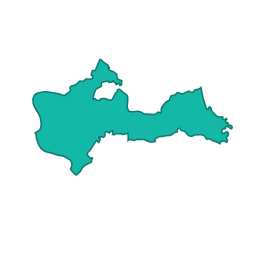 Hung Nguyen, Nghệ An, Vietnam, rotated 107°
{"feature_id": "81297802B19242536298701", "entity_name": "Hung Nguyen", "entity_type": "district", "adm_level": 2, "iso_a3": "VNM", "parent_name": "Vietnam", "parent_adm1": "Nghệ An", "projection": "orthographic", "projection_center": [105.613, 18.684], "detail": "fine", "context": "isolated", "style": "filled", "palette": "teal", "viewbox_px": 256, "rotation_deg": 107, "n_neighbors": 0, "source": "geoboundaries", "source_scale": "gbopen_adm2", "svg_char_len": 5770}
<svg xmlns="http://www.w3.org/2000/svg" viewBox="0 0 256 256"><g transform="rotate(107 128 128)"><path d="M159.8,215.4L161.3,213.9L164.1,212.8L167.7,210.4L170.7,208.0L173.2,204.9L174.3,201.9L174.6,200.9L174.7,199.4L174.4,194.5L174.5,187.6L173.9,182.7L173.8,181.3L174.0,180.1L174.6,177.7L175.3,174.6L175.6,173.7L176.5,172.6L178.0,171.5L179.3,170.9L181.0,170.7L182.1,170.7L183.5,171.0L184.0,171.0L184.6,170.6L187.5,165.7L187.9,164.5L188.0,163.6L184.9,161.7L182.8,160.7L180.2,160.2L178.5,159.6L177.1,158.7L175.6,157.6L171.2,152.9L168.2,153.7L167.7,153.0L167.0,153.5L167.9,155.3L167.7,155.4L165.8,159.1L162.8,159.3L160.9,157.9L151.7,155.3L149.7,154.6L149.1,154.3L150.5,151.7L150.3,151.4L150.1,151.4L149.4,151.7L149.1,151.7L148.4,151.3L146.9,151.4L146.3,151.8L146.2,152.2L146.3,152.5L146.2,152.8L145.2,153.2L145.1,152.2L144.9,151.9L144.1,151.6L144.0,151.4L144.1,149.0L143.9,148.6L143.3,148.1L142.1,147.8L141.1,148.0L139.9,148.5L139.2,148.6L137.9,147.9L137.6,147.6L137.6,147.2L138.2,144.5L138.1,144.3L137.9,144.2L137.1,144.5L136.9,144.0L135.1,141.5L135.2,141.3L135.4,141.2L138.0,141.2L138.6,140.8L138.7,140.3L138.7,139.5L138.6,139.4L137.3,138.3L136.8,137.7L136.3,135.6L136.2,134.7L135.4,132.9L135.7,132.4L135.8,132.0L135.7,131.2L133.2,126.4L138.4,124.6L139.9,124.3L139.1,123.6L138.5,122.7L138.3,122.1L138.3,121.3L138.2,118.8L137.9,118.2L136.4,116.3L136.1,115.6L135.9,113.9L135.6,113.1L134.9,111.8L134.2,108.9L134.6,106.9L134.9,105.5L135.0,104.2L135.0,103.4L134.8,102.6L134.3,100.8L133.0,98.0L131.9,98.7L131.2,98.9L130.5,99.0L130.1,98.4L129.6,97.9L129.0,97.5L128.2,96.8L127.3,95.9L125.7,92.1L124.2,89.3L123.2,86.4L122.6,85.4L121.9,84.5L121.3,83.9L120.1,83.2L119.4,82.6L118.5,81.8L117.9,81.0L117.4,79.8L114.5,80.3L113.9,80.0L113.3,79.0L113.2,78.4L113.4,78.0L114.5,76.9L114.8,76.2L114.5,73.9L114.6,73.2L114.8,72.5L115.1,71.8L116.6,69.6L117.3,68.2L117.6,67.3L117.6,66.1L117.5,65.3L117.2,64.6L116.6,63.7L115.7,62.5L114.6,61.3L114.2,59.4L113.1,56.6L113.0,55.5L112.9,54.5L113.1,53.1L113.3,52.3L113.6,51.9L115.1,50.7L115.4,50.1L115.6,49.5L115.5,48.9L114.8,47.5L114.7,46.9L114.7,46.2L114.7,45.5L115.4,43.5L115.5,41.7L115.4,39.0L115.5,37.9L116.0,36.4L116.1,35.4L115.4,35.5L114.6,35.3L114.0,35.1L113.4,34.6L113.0,34.0L112.4,31.8L112.4,31.2L112.8,30.2L112.8,29.8L112.7,29.4L112.3,29.2L111.8,29.1L111.4,29.1L110.7,29.3L110.3,29.6L109.5,30.6L108.8,31.0L108.1,31.1L107.3,30.8L106.5,30.3L104.8,30.1L104.1,30.3L103.6,30.5L102.8,31.5L102.7,31.9L102.7,32.4L103.0,32.9L104.8,34.3L105.3,34.9L105.5,35.3L105.4,35.8L105.2,36.2L104.6,36.9L104.0,37.3L102.6,37.5L101.9,37.4L101.4,37.1L101.0,36.7L100.9,36.2L100.8,35.5L100.4,35.1L100.0,34.8L99.4,34.9L99.0,35.1L98.8,35.3L98.3,34.9L97.7,34.1L97.6,33.3L97.6,32.8L97.7,32.1L98.6,29.5L98.4,28.8L98.2,28.6L96.9,28.6L96.3,29.0L95.9,29.3L95.6,29.9L95.4,30.7L95.4,31.4L95.8,32.9L95.8,33.3L95.1,33.9L94.9,33.9L94.6,33.9L94.2,33.6L93.8,34.1L93.8,34.3L94.0,34.5L94.6,35.2L94.6,35.4L94.5,35.7L94.1,36.0L92.8,36.4L91.7,36.5L91.2,36.4L90.6,36.0L90.3,36.6L90.3,37.0L90.5,37.2L91.9,38.0L92.0,38.3L92.1,39.1L91.8,39.8L91.4,40.3L90.8,40.5L90.2,40.3L89.8,40.7L89.7,41.4L90.8,43.3L90.9,44.5L90.8,46.1L90.1,48.0L87.3,52.9L86.4,53.7L85.0,54.2L84.6,54.5L84.1,55.1L84.0,55.8L84.0,56.3L84.2,56.5L84.9,56.7L86.4,57.0L87.0,57.1L87.0,58.0L85.4,59.6L80.9,62.5L77.8,64.8L68.0,70.1L68.5,70.3L70.2,72.0L71.1,73.3L72.1,75.2L74.6,76.2L75.1,76.7L75.5,77.9L75.5,78.5L75.1,79.5L75.0,80.3L75.3,81.1L78.9,85.1L79.3,85.9L79.5,86.8L79.6,90.6L79.7,91.0L80.9,91.8L83.0,93.0L84.0,95.4L84.7,96.2L85.0,96.4L86.2,96.4L89.4,96.6L89.9,97.1L90.4,97.9L92.0,99.2L95.1,100.7L96.8,101.3L98.2,101.7L99.8,101.8L101.2,101.5L103.2,100.8L103.9,100.7L104.4,100.8L104.5,101.1L103.8,103.1L103.9,103.6L104.1,104.0L106.4,105.4L107.3,106.6L107.9,108.8L109.0,113.5L109.7,115.5L109.7,117.6L109.0,120.2L109.0,122.6L109.1,123.5L110.1,125.5L111.2,128.7L111.6,130.0L111.7,131.1L111.6,132.1L111.0,132.9L108.5,134.7L106.8,135.3L103.0,136.0L99.4,137.0L97.9,137.7L96.9,138.8L96.4,139.7L95.4,142.8L93.5,147.0L93.4,147.4L94.2,148.9L94.7,149.1L96.5,149.1L98.3,150.1L101.7,150.8L104.9,151.3L105.8,151.7L106.2,152.4L106.7,153.6L106.7,155.3L106.6,158.7L106.9,160.0L107.9,162.3L108.2,162.8L108.8,162.9L109.6,162.9L110.0,163.3L110.4,164.8L110.4,166.4L110.2,167.2L109.6,167.9L109.6,168.4L109.7,168.6L110.7,168.7L110.8,169.1L110.1,170.1L109.4,170.3L103.5,170.4L100.8,170.0L100.0,169.6L97.4,167.3L96.4,166.0L95.7,165.7L93.8,166.3L92.7,166.6L92.3,166.6L92.0,166.4L90.3,163.5L89.1,160.6L89.1,160.3L89.3,160.1L90.0,159.6L89.8,159.2L89.1,158.2L89.1,157.2L88.8,156.9L87.0,156.0L87.1,155.7L87.4,155.4L88.2,155.0L88.4,154.6L88.6,152.6L89.6,152.5L89.8,152.3L89.8,151.8L89.6,151.5L89.4,151.2L87.8,150.0L87.7,149.8L87.7,149.4L88.0,149.1L89.2,148.5L89.6,148.2L89.3,147.2L88.2,147.0L84.5,147.8L84.4,151.9L83.5,152.9L81.1,154.0L79.9,154.4L79.8,155.1L78.7,157.2L78.5,158.0L78.3,161.0L78.1,162.3L77.3,163.8L76.9,164.2L76.6,164.2L76.2,163.5L76.0,163.3L75.5,163.6L75.4,164.0L75.4,164.9L75.1,165.1L74.0,165.2L73.8,165.4L72.0,171.1L70.5,174.1L70.4,174.6L70.6,174.8L71.1,175.0L78.0,175.6L81.2,176.0L82.6,176.3L82.9,176.5L83.1,176.8L83.2,178.4L83.4,178.7L83.9,178.9L87.4,178.9L87.8,178.8L88.4,178.3L88.6,176.8L88.8,176.4L89.5,176.4L90.3,176.5L91.3,177.0L92.1,177.8L92.7,179.6L93.2,182.1L93.5,182.6L93.7,182.8L95.8,183.9L96.8,185.3L97.1,187.6L97.4,187.9L98.3,188.5L101.2,190.1L102.1,191.0L103.9,193.4L104.3,194.3L105.1,195.0L105.9,195.2L106.5,195.2L107.6,194.8L108.7,194.1L109.4,194.1L110.0,194.3L115.1,197.9L115.5,198.7L115.8,199.6L115.5,202.8L115.6,205.2L116.4,211.4L117.2,216.5L118.0,219.0L120.7,224.1L122.4,226.2L124.1,227.1L126.6,227.4L128.2,227.3L130.2,226.6L132.2,225.8L133.1,225.3L136.2,222.5L140.6,217.6L141.9,216.3L143.5,215.1L149.5,212.1L153.6,211.6L155.5,211.8L156.9,212.7L159.8,215.4Z" fill="#14b8a6" stroke="#0f766e" stroke-width="1.5"/></g></svg>